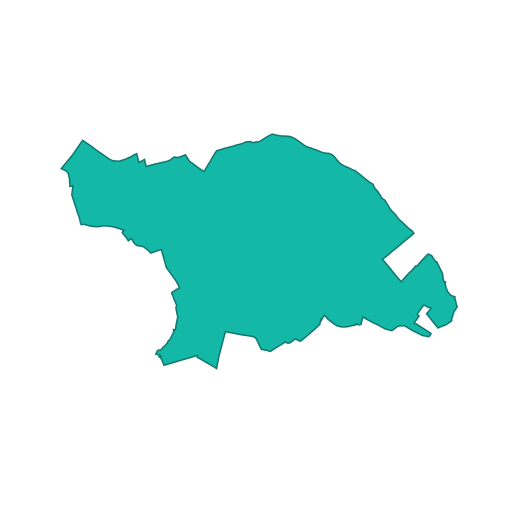 Simian, Bihor, Romania, rotated 100°
{"feature_id": "2599482B37534807810432", "entity_name": "Simian", "entity_type": "district", "adm_level": 2, "iso_a3": "ROU", "parent_name": "Romania", "parent_adm1": "Bihor", "projection": "natural_earth1", "projection_center": [22.074, 47.478], "detail": "fine", "context": "isolated", "style": "filled", "palette": "teal", "viewbox_px": 512, "rotation_deg": 100, "n_neighbors": 0, "source": "geoboundaries", "source_scale": "gbopen_adm2", "svg_char_len": 6064}
<svg xmlns="http://www.w3.org/2000/svg" viewBox="0 0 512 512"><g transform="rotate(100 256 256)"><path d="M255.5,433.6L254.8,431.6L254.7,430.4L255.2,425.5L255.3,423.7L255.2,422.1L255.1,421.0L255.0,419.5L254.7,417.3L254.4,416.4L254.0,415.0L253.6,413.7L253.2,412.8L252.6,410.3L252.3,408.0L252.1,404.5L252.1,401.7L252.4,398.1L252.7,395.9L253.6,390.4L255.8,391.8L256.4,391.7L258.7,388.8L260.6,386.7L263.2,384.4L261.8,383.1L260.3,381.8L261.4,380.9L263.0,379.6L264.5,378.3L265.6,376.5L266.1,375.6L266.3,373.8L266.3,370.6L266.3,368.7L269.5,362.5L270.8,361.1L271.4,360.0L268.1,354.3L267.0,352.2L266.3,350.5L266.2,350.3L278.0,344.6L282.1,342.7L282.9,342.3L283.2,342.0L285.8,339.3L291.3,333.6L293.3,331.6L295.4,329.6L296.5,328.7L300.6,325.8L301.0,326.3L305.4,331.4L306.2,332.2L306.7,332.5L307.0,332.6L307.3,332.6L307.7,332.4L309.5,331.1L310.9,330.2L312.5,329.4L315.0,327.7L316.2,326.9L317.3,326.2L318.0,325.8L318.4,325.7L319.0,325.5L319.6,325.7L320.5,325.9L321.4,325.7L322.6,325.3L325.2,324.3L326.5,323.8L328.6,322.9L329.9,322.3L331.0,322.6L333.6,322.6L335.2,322.7L339.7,322.7L340.7,322.5L343.0,322.9L342.9,323.7L342.8,324.5L344.6,324.0L345.6,323.9L346.3,324.2L347.4,324.5L348.4,324.8L350.2,325.4L352.6,326.0L353.7,326.8L355.9,328.2L356.6,328.2L357.3,328.1L357.6,328.4L358.3,329.1L360.0,330.0L361.6,331.3L361.9,331.7L362.4,332.1L363.6,332.3L363.9,332.6L364.8,333.4L365.3,334.4L365.7,335.9L366.6,336.7L370.0,337.6L370.1,336.6L370.3,335.6L370.7,332.5L370.9,332.3L371.2,332.3L371.5,332.4L372.0,333.8L372.7,332.7L374.1,331.0L379.6,327.6L379.3,327.1L375.7,319.8L374.8,318.0L372.9,314.3L370.5,309.4L367.3,302.7L365.0,298.4L364.2,296.4L365.9,296.3L368.4,289.2L370.2,284.5L371.8,279.9L373.7,275.2L370.3,275.3L367.5,275.2L360.5,275.1L356.3,274.7L350.1,274.2L335.8,273.0L336.1,257.4L335.9,250.5L335.8,247.2L335.9,244.9L336.0,244.1L336.9,242.0L337.2,241.7L338.6,240.6L342.3,238.0L347.0,234.5L347.1,228.0L347.2,227.1L347.6,225.9L347.4,225.1L346.2,224.0L337.4,214.2L335.6,212.2L335.7,211.9L336.3,210.0L336.2,209.0L335.9,208.1L335.2,206.9L333.7,205.6L331.8,204.0L331.0,202.7L331.2,201.2L332.2,198.4L331.7,197.6L332.0,197.2L330.7,196.1L322.8,189.4L322.4,189.0L319.9,187.1L315.7,183.8L312.2,181.2L311.6,181.3L310.8,181.3L309.9,181.3L308.9,181.1L308.1,180.9L307.1,180.9L306.2,181.0L305.8,181.0L306.1,180.9L307.3,180.2L305.8,179.8L304.5,179.3L302.5,178.1L302.7,177.8L303.3,177.2L305.8,174.1L307.0,171.9L309.4,167.3L310.8,163.6L310.9,161.5L311.0,159.2L310.1,154.5L307.2,147.5L307.0,146.9L306.0,146.3L305.9,146.0L306.0,145.8L306.4,145.8L306.4,145.6L305.9,145.5L305.7,145.4L305.5,145.2L305.7,144.7L305.8,144.0L305.7,143.3L305.7,143.1L306.0,142.3L305.2,140.9L305.2,140.7L297.7,140.3L297.7,139.7L299.1,135.9L301.3,129.2L303.2,122.4L304.1,119.9L305.2,116.7L305.7,113.5L305.6,112.7L305.7,111.9L305.9,110.2L305.9,109.2L305.5,109.1L305.0,108.3L304.4,107.6L303.7,107.0L302.2,105.7L301.3,104.8L300.5,103.8L300.0,102.7L299.7,101.4L299.6,100.5L299.3,99.5L298.9,97.9L299.2,96.7L302.1,89.5L303.8,83.6L305.4,78.3L305.4,75.4L305.5,71.8L304.1,70.9L302.3,70.2L302.1,70.1L301.8,70.4L295.8,84.6L295.1,86.1L295.1,86.8L295.3,87.5L295.2,87.9L294.8,88.7L286.8,85.0L285.1,87.2L282.6,85.9L275.4,82.4L275.5,81.0L275.7,80.5L275.7,80.2L275.6,79.9L275.8,79.2L276.3,78.6L276.6,78.2L276.7,75.2L277.0,74.5L277.4,74.8L278.9,75.4L280.4,76.3L282.6,77.7L283.3,78.0L286.6,74.2L292.3,67.8L293.7,66.1L295.3,64.2L294.3,62.8L293.4,61.3L293.3,61.1L292.3,59.6L290.7,57.0L288.4,54.5L285.7,52.0L284.0,52.4L280.8,51.9L277.2,51.5L273.5,50.1L271.2,49.0L268.6,50.4L265.1,51.8L262.9,53.0L261.8,52.8L261.3,55.1L260.8,57.6L258.2,60.7L254.1,63.4L250.5,64.8L248.6,64.9L248.7,66.2L246.0,67.8L243.0,68.5L242.0,68.9L239.9,70.0L236.2,72.7L231.9,75.8L230.4,76.9L230.4,77.8L228.9,79.6L225.2,83.0L224.1,86.7L226.9,88.8L228.9,90.1L231.7,92.0L235.1,94.1L236.1,94.7L238.2,96.0L238.0,96.9L239.5,97.9L242.9,99.9L247.4,103.2L250.9,105.4L255.5,108.1L256.2,108.6L255.6,109.2L253.2,112.2L249.6,116.4L248.6,117.7L245.3,121.3L243.6,123.3L241.7,125.5L239.5,128.2L237.2,130.8L235.8,129.6L235.2,128.9L231.3,125.5L227.1,122.2L224.5,119.8L220.9,116.7L217.1,113.6L209.3,106.9L206.2,104.4L203.9,107.0L202.3,110.4L199.2,115.1L196.9,118.6L195.3,121.3L193.6,123.3L190.7,126.2L187.9,130.4L185.6,132.7L182.8,135.1L179.1,138.4L178.2,139.7L178.1,140.2L177.8,140.9L176.2,143.2L174.7,143.9L173.9,145.0L171.2,147.4L169.0,150.3L168.2,151.2L165.1,153.1L164.4,154.9L163.4,157.5L162.2,159.6L160.2,163.4L157.6,167.9L156.4,170.2L155.4,172.0L154.9,173.1L154.2,176.5L153.6,178.1L152.7,181.4L151.9,185.2L150.2,189.3L149.0,190.9L146.9,193.5L144.8,195.8L143.1,198.5L142.3,201.8L142.3,202.5L142.7,205.0L142.5,208.7L141.9,211.6L141.2,214.2L140.6,218.4L139.9,222.1L139.7,224.4L138.9,227.0L137.8,229.3L136.5,231.8L134.9,235.3L133.8,237.9L132.4,242.6L132.5,245.0L132.8,247.8L133.2,250.4L133.5,253.5L133.4,255.7L133.4,258.1L133.1,260.9L133.8,262.1L135.9,264.9L138.3,267.6L140.7,270.2L142.6,272.5L143.4,273.7L143.6,275.5L145.0,279.0L144.2,281.2L145.0,284.2L145.6,286.2L146.9,287.8L147.6,288.8L150.6,295.5L152.4,298.8L152.5,299.2L154.3,303.0L155.0,304.6L155.5,305.8L156.9,308.5L158.3,311.3L159.1,313.0L162.9,314.7L166.9,316.2L170.5,317.4L174.3,319.0L178.3,320.5L181.8,321.9L181.0,323.8L179.0,328.5L177.4,331.5L175.7,334.9L174.3,337.9L171.5,340.6L168.6,343.0L168.8,343.6L169.1,343.9L170.3,345.9L171.8,348.4L172.8,351.2L172.6,353.2L173.5,354.7L176.6,357.2L177.1,358.4L178.0,359.6L179.0,361.9L180.5,365.5L183.1,371.6L183.3,372.1L184.6,375.0L186.9,379.6L183.5,381.2L180.3,382.6L182.2,384.9L184.1,387.6L175.9,391.3L177.9,394.1L180.2,396.7L181.9,399.3L183.8,402.0L185.1,404.8L186.1,406.8L186.5,407.6L186.8,410.8L187.0,414.0L185.6,418.4L185.2,419.1L183.7,422.3L181.9,426.1L180.8,428.7L178.8,432.9L177.2,435.9L175.6,439.3L173.8,443.2L172.6,445.9L172.2,446.8L180.6,450.7L188.3,454.2L203.8,463.0L205.1,458.0L206.3,456.3L207.5,455.1L210.0,454.1L212.5,453.0L214.7,452.6L216.3,452.2L217.3,451.9L219.9,451.3L219.9,451.1L218.6,448.5L227.8,448.0L235.6,443.9L236.0,443.7L241.2,440.9L243.7,439.7L248.2,437.0L249.8,436.3L251.5,435.5L253.2,435.0L255.5,433.6Z" fill="#14b8a6" stroke="#0f766e" stroke-width="1.5"/></g></svg>